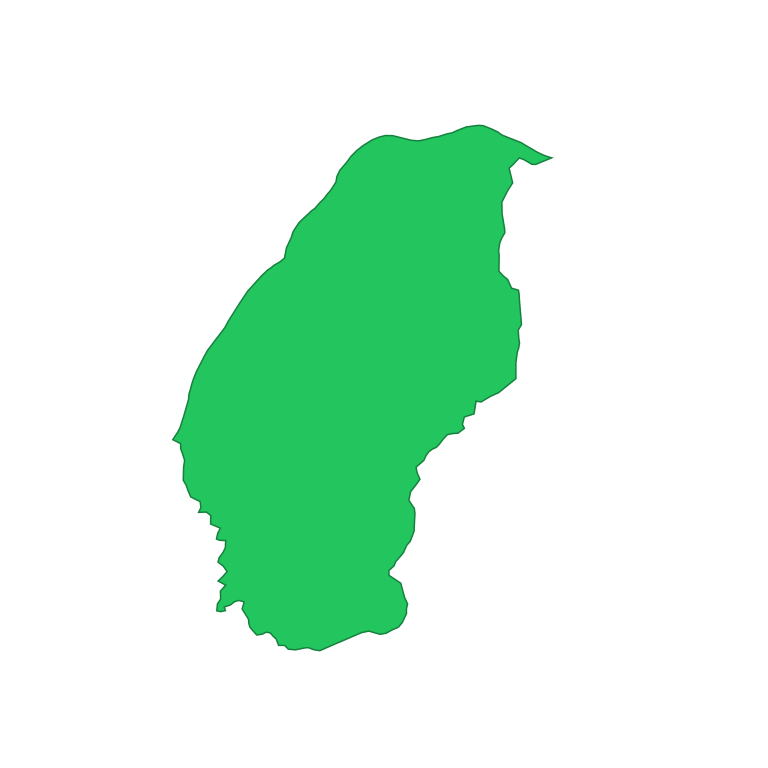 the district of Ipueiras, Tocantins, Brazil, rotated 54°
{"feature_id": "56859067B76630587037832", "entity_name": "Ipueiras", "entity_type": "district", "adm_level": 2, "iso_a3": "BRA", "parent_name": "Brazil", "parent_adm1": "Tocantins", "projection": "natural_earth1", "projection_center": [-48.392, -11.119], "detail": "fine", "context": "isolated", "style": "filled", "palette": "green", "viewbox_px": 768, "rotation_deg": 54, "n_neighbors": 0, "source": "geoboundaries", "source_scale": "gbopen_adm2", "svg_char_len": 2750}
<svg xmlns="http://www.w3.org/2000/svg" viewBox="0 0 768 768"><g transform="rotate(54 384 384)"><path d="M304.9,587.6L312.7,583.6L317.0,586.6L322.1,588.0L328.6,590.2L333.6,595.1L343.9,603.0L349.5,603.5L355.0,605.2L361.8,606.7L371.1,601.9L376.4,604.8L378.9,609.4L383.2,603.0L388.5,601.5L395.4,606.6L404.5,601.1L406.9,606.1L411.0,610.7L414.0,608.7L417.6,604.1L423.1,608.5L425.6,613.1L427.6,619.4L430.6,623.0L436.7,621.1L443.5,621.2L445.1,627.9L445.9,634.0L453.7,630.3L455.4,638.1L462.0,642.6L463.9,647.9L469.2,652.6L472.2,649.9L474.1,645.5L470.5,644.3L472.5,638.1L472.3,632.6L473.9,628.5L478.1,625.2L482.6,631.0L494.7,631.9L498.3,634.1L501.9,635.4L505.7,635.2L512.3,634.5L514.9,629.4L515.5,625.3L518.4,622.4L523.3,621.9L526.7,621.1L533.5,622.9L537.1,618.0L542.3,617.3L547.1,611.8L550.8,603.5L553.0,600.0L557.1,597.5L562.0,592.7L565.6,576.3L572.0,548.2L575.0,541.5L584.1,534.4L586.9,528.8L587.7,522.2L589.2,515.1L587.7,509.4L583.0,500.8L579.0,497.9L575.8,494.2L568.8,492.8L559.0,489.1L555.0,487.5L541.8,492.4L537.8,489.7L537.0,482.7L534.6,479.0L532.9,471.3L531.8,467.3L528.0,460.7L526.5,454.9L520.7,446.1L515.5,442.0L507.0,435.1L502.5,432.6L498.0,432.5L492.7,432.2L486.8,425.8L484.0,416.1L482.2,410.9L475.3,409.4L470.1,406.9L469.2,396.6L466.7,392.2L465.2,387.6L465.1,383.1L466.0,378.9L465.2,374.5L463.4,368.6L462.2,362.4L464.7,357.1L467.3,353.1L467.1,345.0L462.8,344.3L457.9,338.4L461.1,328.7L452.0,319.6L455.6,316.0L456.5,305.6L457.5,300.5L458.4,296.6L457.2,274.1L444.3,264.8L436.3,257.1L434.2,254.0L430.4,250.2L425.9,247.9L419.3,243.7L416.8,237.9L412.2,235.1L396.2,225.4L390.6,221.8L387.1,220.1L381.4,224.5L372.2,222.5L366.7,224.0L360.3,224.7L355.2,220.9L347.3,215.0L343.6,213.0L337.8,207.3L335.0,202.6L332.7,197.4L329.7,195.4L323.5,192.3L315.5,188.3L306.1,181.7L300.2,170.0L296.9,161.7L282.9,155.9L282.4,150.9L280.6,141.7L285.0,138.8L293.3,135.2L295.5,132.2L299.6,115.4L296.0,118.2L291.3,121.2L286.4,123.8L273.5,129.5L269.9,130.9L266.7,132.8L260.3,137.0L251.8,142.3L247.2,143.7L241.6,146.7L233.4,151.8L230.3,155.5L224.4,166.3L221.9,175.8L220.9,181.1L218.8,185.7L215.9,194.3L213.0,200.2L210.6,206.6L207.5,213.3L202.6,218.9L188.3,230.9L183.8,236.8L181.4,242.8L179.5,250.3L178.8,261.3L179.2,269.4L180.5,277.1L182.6,283.5L185.2,294.2L188.4,300.1L192.4,304.2L196.0,313.5L197.1,318.4L198.8,323.9L199.6,329.3L201.3,336.6L201.3,340.9L203.4,357.6L205.7,363.9L207.5,368.3L210.9,372.8L216.4,382.7L223.7,390.6L224.0,397.0L223.3,402.9L223.6,407.1L223.4,411.3L224.5,419.5L228.7,439.5L233.8,453.4L241.6,473.0L244.7,479.3L247.6,488.7L248.9,493.3L253.1,507.0L256.1,513.5L263.7,528.4L267.6,534.7L271.1,539.6L274.5,543.7L277.5,547.7L281.6,551.2L285.1,555.7L292.6,565.3L299.5,574.8L301.7,579.2L304.9,587.6Z" fill="#22c55e" stroke="#15803d" stroke-width="1.5"/></g></svg>